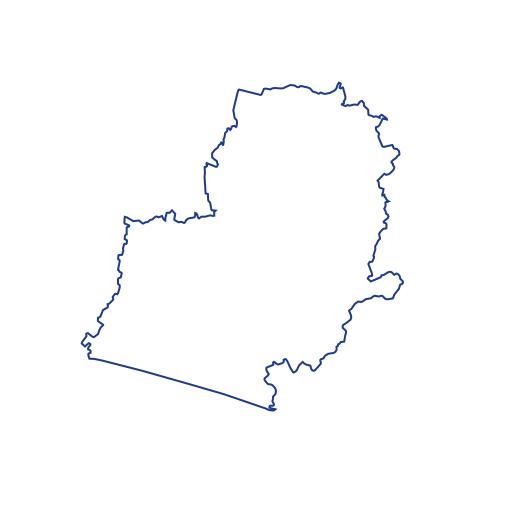 the Territory of Altay, rotated 314°
{"feature_id": "RUS-2399", "entity_name": "Altay", "entity_type": "Territory", "adm_level": 1, "iso_a3": "RUS", "parent_name": "Russia", "parent_adm1": "", "projection": "mercator", "projection_center": [83.175, 52.561], "detail": "fine", "context": "isolated", "style": "outline", "palette": "blue", "viewbox_px": 512, "rotation_deg": 314, "n_neighbors": 0, "source": "natural_earth", "source_scale": "10m", "svg_char_len": 6133}
<svg xmlns="http://www.w3.org/2000/svg" viewBox="0 0 512 512"><g transform="rotate(314 256 256)"><path d="M117.1,296.3L94.3,253.7L74.1,218.2L69.7,211.2L66.4,207.5L67.7,205.0L68.9,203.5L69.7,203.4L71.4,204.2L72.5,203.3L73.0,202.4L72.9,201.7L72.2,200.3L72.5,199.6L73.6,199.0L76.8,198.7L77.4,198.2L77.5,197.0L77.0,196.2L72.1,195.8L72.0,191.4L73.6,190.6L80.0,189.9L80.7,189.6L81.8,188.1L83.3,188.2L83.8,188.8L84.3,194.2L85.0,195.8L90.2,196.6L94.1,194.7L97.0,193.9L100.1,194.1L100.3,193.8L100.2,192.4L99.4,187.9L99.7,187.0L101.9,185.2L103.4,186.1L104.3,186.1L110.8,183.5L116.1,185.0L117.0,184.4L118.2,182.7L120.1,183.6L125.3,183.6L126.0,183.1L127.1,181.3L130.8,180.9L131.5,181.5L132.0,182.7L133.2,182.7L138.4,180.0L139.7,179.0L140.4,177.8L140.1,176.4L140.4,175.8L143.3,172.9L144.5,172.6L146.7,173.6L150.2,171.5L150.5,170.8L149.8,168.6L150.4,167.6L150.1,166.9L150.3,166.3L157.5,161.6L158.3,160.5L158.0,159.2L158.2,158.7L160.9,156.6L161.8,156.9L163.4,158.6L164.0,158.8L167.7,156.9L169.0,155.1L172.7,153.0L173.4,153.0L174.7,154.3L175.4,154.2L177.6,152.3L177.6,151.6L176.9,150.0L177.2,149.5L179.3,147.8L180.6,147.5L181.8,147.9L186.5,143.3L187.4,143.2L189.0,144.2L189.5,144.0L189.9,143.5L189.8,143.1L188.1,139.0L188.8,137.8L193.0,134.4L194.1,136.4L195.8,143.5L200.2,147.1L200.7,152.0L201.4,152.5L203.3,153.0L205.5,154.6L208.3,154.8L210.5,156.1L213.5,156.2L215.2,156.8L216.3,159.2L219.5,160.6L218.4,163.3L218.2,165.6L218.4,166.2L220.6,164.3L224.9,161.8L225.9,162.5L226.9,163.8L230.5,163.9L230.2,168.6L225.6,171.7L225.3,172.6L226.5,176.9L229.0,178.9L229.7,181.3L231.2,181.6L232.8,180.9L235.1,181.0L236.7,181.7L241.0,184.9L242.8,184.2L244.7,182.4L245.1,183.3L245.0,184.8L243.5,187.4L243.3,188.2L243.4,188.9L246.4,189.4L249.1,192.2L253.4,194.8L255.1,197.4L256.0,198.0L258.7,195.3L260.6,195.4L258.3,192.6L258.3,192.0L258.6,191.3L262.2,186.4L262.7,184.9L262.5,184.0L263.1,182.6L267.2,178.3L266.0,176.3L277.4,163.8L280.2,161.6L284.4,157.2L285.0,157.4L285.6,158.2L286.7,158.3L287.3,157.8L287.8,156.3L288.6,156.0L292.3,165.2L293.1,165.8L295.4,165.1L296.0,163.3L297.0,162.2L296.4,156.1L299.6,153.0L304.0,152.7L307.2,153.2L310.0,152.3L311.6,152.7L313.5,152.1L313.8,152.7L312.9,154.7L312.9,155.1L313.2,155.2L315.7,153.5L317.4,151.6L319.2,151.0L323.3,148.3L325.7,148.5L327.8,146.9L329.0,147.7L328.7,149.9L330.3,149.8L331.8,148.9L332.8,148.8L334.5,149.9L334.8,152.0L335.5,152.0L338.5,150.0L339.8,148.5L340.3,147.5L340.4,145.3L340.7,144.5L345.0,138.5L360.6,129.3L363.2,128.1L363.9,128.1L374.9,147.2L375.5,147.7L376.3,147.7L381.7,145.6L383.1,146.6L385.9,150.7L388.0,151.3L390.1,153.0L393.6,157.3L395.5,159.0L402.5,161.7L403.4,162.6L405.4,165.2L406.1,168.0L406.6,169.0L407.5,169.7L408.6,169.7L409.5,170.2L413.3,176.4L414.1,178.8L413.7,182.6L415.3,185.5L416.1,188.1L416.6,188.6L418.4,188.9L419.8,192.0L420.7,193.2L425.0,196.1L430.0,197.6L432.0,197.5L436.4,195.6L438.3,195.3L438.9,196.8L438.7,197.4L435.4,199.0L435.0,199.5L435.5,200.7L437.3,201.1L437.6,201.6L432.8,209.5L431.0,211.2L428.2,211.7L427.7,212.5L426.9,213.1L425.3,212.3L424.7,212.4L424.6,212.7L425.9,216.1L428.3,217.1L429.3,219.0L433.2,221.4L435.1,223.9L435.8,224.2L438.7,223.6L440.6,224.0L441.2,224.5L440.9,227.4L439.0,229.5L439.2,234.4L439.0,235.2L435.8,238.7L435.8,239.2L437.3,242.1L437.6,243.7L438.2,244.3L439.9,245.2L441.3,249.0L442.5,247.8L444.9,248.3L445.1,249.2L445.6,253.9L445.6,254.6L445.1,255.4L442.8,251.7L436.1,253.9L433.7,253.8L432.0,252.8L431.1,253.5L429.8,255.5L429.7,259.1L429.0,260.0L427.3,260.7L426.4,262.0L422.6,270.9L423.4,272.3L430.5,276.9L430.4,277.8L429.3,279.7L429.2,280.5L429.6,281.5L430.9,283.0L430.9,285.4L430.6,286.3L429.0,288.4L428.2,288.7L426.4,288.4L423.6,288.6L419.7,287.9L417.8,288.0L417.3,288.8L417.5,290.1L416.5,291.4L416.1,293.7L414.9,294.6L412.6,295.1L408.4,295.0L406.6,294.4L405.0,293.3L404.6,292.8L404.4,291.4L403.8,291.2L394.6,291.1L394.5,292.4L394.0,293.4L391.9,295.7L391.2,296.9L391.1,297.7L392.8,301.1L390.0,303.2L388.0,304.0L387.3,304.9L389.2,305.8L387.8,307.6L388.1,308.5L387.3,310.3L387.2,312.6L387.5,313.5L386.2,313.0L385.0,311.9L384.4,311.9L381.7,314.7L379.1,315.4L378.1,318.4L376.9,319.9L376.8,320.5L377.3,322.1L376.4,323.9L374.7,324.5L370.0,323.9L369.3,324.1L368.9,325.0L369.7,326.4L369.5,327.8L366.7,330.4L365.8,330.2L364.8,329.2L363.6,328.6L360.7,328.6L357.7,329.1L357.0,329.7L354.9,332.9L354.4,333.3L351.9,333.2L348.6,334.4L345.9,334.9L343.6,337.3L337.6,340.3L337.4,341.4L336.8,342.0L333.0,343.5L332.3,343.4L330.8,341.9L328.3,342.4L324.0,351.4L322.9,352.9L322.0,353.2L320.2,351.5L317.6,351.8L317.3,352.5L317.5,356.3L327.2,360.4L329.3,359.8L331.4,361.2L336.1,362.3L337.5,363.2L338.1,363.8L338.5,364.7L338.5,368.5L340.9,369.2L341.4,370.0L341.6,371.1L341.4,373.1L339.8,375.8L339.8,378.6L339.5,379.5L338.9,380.3L337.2,380.4L335.5,379.6L331.7,381.6L324.4,382.3L320.6,383.9L316.1,380.6L315.0,378.6L315.1,374.6L313.9,373.3L312.3,372.6L309.8,369.0L308.1,368.3L305.5,368.1L301.3,365.0L296.8,364.1L295.4,362.9L294.2,361.1L289.8,360.4L284.0,361.4L282.3,360.9L281.1,361.1L280.2,363.6L279.1,365.9L277.6,367.5L275.8,368.2L270.4,367.5L267.2,366.6L265.7,367.0L264.6,368.2L264.6,372.7L263.5,374.0L260.8,375.4L255.6,378.9L252.9,376.7L251.0,377.1L249.6,376.4L248.0,377.4L246.7,376.9L244.4,379.2L242.3,379.7L240.2,379.2L236.0,376.0L234.2,375.4L232.2,375.0L229.2,375.6L228.4,375.4L226.9,374.4L226.1,374.4L225.3,375.0L224.2,376.9L223.2,377.5L214.6,377.8L213.4,377.2L212.9,375.8L213.2,374.1L214.9,371.2L212.8,367.7L212.2,365.5L212.2,363.2L207.2,363.0L202.5,364.6L200.3,364.7L198.4,364.0L198.1,363.4L199.3,358.6L202.0,351.9L202.5,349.4L202.2,348.6L200.6,348.0L198.9,349.6L196.9,349.2L193.5,347.4L193.0,346.7L192.7,345.5L192.6,343.2L192.3,342.4L191.3,342.3L189.7,344.0L183.3,341.2L182.5,341.3L181.2,342.7L180.5,344.6L180.4,345.6L179.9,347.2L178.4,347.6L174.0,347.2L173.2,347.7L172.7,348.6L172.2,351.9L172.3,353.9L173.9,355.9L174.5,357.8L174.3,361.1L173.4,363.3L172.0,364.8L170.2,365.8L166.5,366.0L165.2,367.4L163.0,368.6L162.5,369.6L162.0,371.7L161.5,372.3L160.5,372.4L159.8,372.0L158.4,370.4L157.7,370.0L156.3,370.9L157.0,372.8L159.2,376.4L157.9,376.4L156.6,375.5L154.4,372.7L152.8,368.4L134.3,328.9L117.1,296.3Z" fill="none" stroke="#1e3a8a" stroke-width="2"/></g></svg>